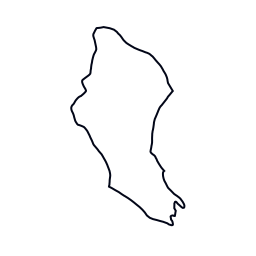 Habil Jabr, Lahij, Yemen, rotated 78°
{"feature_id": "15242507B45495192341807", "entity_name": "Habil Jabr", "entity_type": "district", "adm_level": 2, "iso_a3": "YEM", "parent_name": "Yemen", "parent_adm1": "Lahij", "projection": "orthographic", "projection_center": [45.08, 13.602], "detail": "fine", "context": "isolated", "style": "outline", "palette": "ink", "viewbox_px": 256, "rotation_deg": 78, "n_neighbors": 0, "source": "geoboundaries", "source_scale": "gbopen_adm2", "svg_char_len": 4563}
<svg xmlns="http://www.w3.org/2000/svg" viewBox="0 0 256 256"><g transform="rotate(78 128 128)"><path d="M177.5,101.5L176.8,101.9L175.7,102.5L174.6,103.1L173.6,103.6L172.4,104.1L171.3,104.5L170.0,105.0L168.9,105.4L167.6,105.8L166.5,106.2L165.3,106.4L164.2,106.6L163.1,107.0L162.0,107.2L160.9,107.6L159.9,108.3L159.1,109.1L158.6,109.5L158.0,110.0L157.3,110.4L156.9,110.7L156.5,110.8L156.1,110.9L155.7,110.9L154.1,110.3L153.1,109.8L152.3,109.5L151.6,109.2L150.2,108.7L149.4,108.3L147.3,107.5L146.4,107.3L145.2,107.0L144.0,106.8L142.7,106.5L141.1,106.1L140.0,105.8L138.7,105.5L137.4,105.0L136.2,104.6L135.0,104.0L133.8,103.5L132.8,103.1L131.7,102.7L130.6,102.3L129.2,101.8L128.1,101.5L127.0,101.0L125.8,100.4L124.6,99.8L123.7,99.1L122.7,98.4L121.7,97.7L120.7,97.0L119.5,96.2L118.5,95.5L117.4,94.8L116.3,94.0L115.3,93.3L114.3,92.4L113.5,91.5L112.7,90.3L107.1,83.6L106.2,82.9L105.3,81.9L104.6,80.9L101.1,76.5L92.4,79.5L91.3,79.5L90.1,79.5L88.9,79.4L87.8,79.4L86.4,79.5L85.3,79.7L84.1,79.9L82.9,80.2L81.7,80.6L80.6,81.0L79.5,81.4L78.3,81.7L77.0,82.1L75.9,82.5L74.6,82.9L73.4,83.5L72.2,84.1L71.2,84.7L70.0,85.4L68.9,86.0L67.7,86.7L66.5,87.3L65.3,87.9L64.2,88.5L63.1,89.1L62.2,89.9L61.1,90.7L60.0,91.6L59.2,92.6L58.4,93.7L57.8,94.8L57.1,95.9L56.4,96.9L55.6,98.1L54.9,99.3L54.2,100.4L53.4,101.6L52.7,102.6L52.0,103.6L51.3,104.6L50.6,105.5L49.7,106.4L48.7,107.6L47.8,108.5L46.8,109.6L45.9,110.5L45.1,111.3L44.2,112.1L43.1,112.8L41.9,113.6L40.9,114.2L39.7,114.7L38.5,115.2L37.3,115.7L36.1,116.3L35.0,116.9L34.0,117.7L32.9,118.3L31.7,118.9L28.9,121.3L26.6,125.1L24.2,130.9L24.2,131.2L24.2,132.4L24.2,133.7L24.1,134.8L24.0,136.0L23.8,137.2L23.8,138.0L24.3,138.5L25.2,139.3L26.1,140.1L27.0,140.8L27.9,141.5L28.9,142.3L30.0,142.7L31.2,142.8L32.4,142.7L33.6,142.6L34.9,142.4L36.0,142.4L37.2,142.4L38.5,142.4L39.7,142.4L40.9,142.4L42.1,142.4L43.3,142.5L44.5,142.7L45.6,143.3L46.6,144.1L47.6,144.9L48.5,145.7L49.5,146.4L50.6,147.0L51.9,147.7L53.2,148.3L54.4,148.9L55.8,149.4L57.0,149.9L58.5,150.6L59.9,151.1L61.1,151.5L62.2,151.8L63.5,152.4L64.7,152.8L65.8,153.1L67.0,153.6L67.8,154.6L68.4,155.7L68.9,156.8L69.4,157.9L69.9,159.0L70.4,160.1L71.0,161.3L71.5,162.4L72.4,163.1L73.6,163.3L75.0,163.2L76.2,163.0L77.6,162.7L78.7,162.4L79.8,162.0L81.0,161.6L82.1,161.4L82.6,161.3L83.2,161.5L83.6,161.9L84.2,162.7L85.2,164.2L86.3,166.2L86.9,167.3L87.1,168.4L87.5,169.6L88.1,170.7L88.8,171.7L89.5,172.6L90.2,173.5L91.2,174.4L92.1,175.2L93.0,176.0L93.7,177.0L94.3,177.9L95.2,178.7L96.4,179.3L97.6,179.5L98.8,179.5L100.1,179.3L101.2,179.0L102.4,178.7L103.8,178.5L105.0,178.4L106.2,178.4L107.5,178.3L108.8,178.2L110.0,178.1L111.1,177.8L112.4,177.3L113.5,176.9L114.5,176.2L115.0,175.1L115.6,174.1L116.4,172.9L117.1,171.9L117.9,170.9L119.1,170.1L120.3,169.5L121.5,168.9L122.7,168.4L123.8,168.1L125.0,167.8L126.1,167.5L127.6,167.1L128.9,166.9L130.1,166.6L131.3,166.3L132.5,166.0L134.0,165.7L135.2,165.5L136.4,165.3L137.6,164.9L138.7,164.3L139.8,163.7L141.1,163.0L142.2,162.4L143.5,161.8L144.7,161.3L145.7,160.7L147.0,160.0L148.2,159.3L149.4,158.9L150.6,158.5L151.9,158.1L153.2,157.7L154.7,157.2L156.1,156.8L157.2,156.5L158.3,156.3L159.5,156.0L160.9,155.8L162.2,155.6L163.4,155.4L164.8,155.2L166.0,155.0L167.2,155.0L168.6,155.0L169.8,155.1L171.0,155.3L172.2,155.7L173.3,156.1L174.4,156.5L175.7,156.9L177.0,157.2L178.2,157.6L179.4,157.9L179.6,158.0L180.5,158.4L180.6,158.5L181.4,158.8L183.1,156.7L183.8,155.9L186.2,153.3L188.8,150.3L191.4,147.9L193.0,146.3L193.5,145.8L193.9,145.3L196.5,142.6L199.3,140.0L202.0,137.7L204.9,135.4L207.7,133.1L210.9,130.9L214.1,129.1L217.5,127.7L220.3,125.4L222.3,122.5L223.9,119.2L225.6,116.0L227.0,113.2L227.2,112.8L227.5,112.4L229.3,109.5L229.7,109.0L230.6,108.3L231.2,107.4L231.5,106.7L232.0,106.0L232.2,105.2L232.2,104.6L232.1,104.4L231.8,104.2L231.6,104.1L230.7,104.0L229.6,104.0L228.9,104.0L227.9,104.2L227.4,104.5L226.5,104.9L225.6,104.8L224.9,104.8L224.2,104.8L223.4,104.7L222.9,104.0L222.8,103.1L222.8,102.4L223.0,102.0L223.5,101.4L223.7,101.0L223.7,100.7L223.7,100.4L221.9,99.7L220.3,99.1L218.9,98.5L216.1,99.4L212.3,98.5L211.6,98.4L210.1,97.4L210.0,97.1L210.0,96.6L210.6,96.0L212.0,95.3L212.7,94.9L213.7,94.1L216.6,92.0L217.5,91.1L217.6,90.7L217.5,89.8L217.5,89.7L217.1,89.4L215.9,89.0L215.1,89.0L214.8,89.0L214.1,89.1L211.4,89.9L209.7,90.7L207.9,91.5L206.3,92.7L205.1,93.8L204.9,93.9L203.7,95.1L202.1,96.6L199.7,98.1L198.1,99.1L196.6,100.1L195.7,100.7L194.7,101.3L193.3,101.7L193.0,101.8L189.8,102.6L187.2,103.4L184.8,103.7L182.4,103.7L180.2,103.4L179.5,103.2L178.7,102.9L177.8,102.1L177.5,101.5Z" fill="none" stroke="#020617" stroke-width="2"/></g></svg>